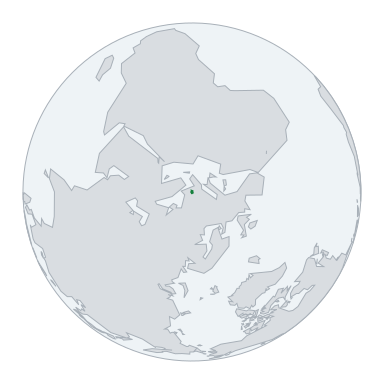 Pazardzhik highlighted on a globe, orthographic projection, rotated 169°
{"feature_id": "BGR-2234", "entity_name": "Pazardzhik", "entity_type": "Province", "adm_level": 1, "iso_a3": "BGR", "parent_name": "Bulgaria", "parent_adm1": "", "projection": "orthographic", "projection_center": [24.121, 42.158], "detail": "fine", "context": "on_globe", "style": "filled", "palette": "green", "viewbox_px": 384, "rotation_deg": 169, "n_neighbors": 0, "source": "natural_earth", "source_scale": "10m", "svg_char_len": 10909}
<svg xmlns="http://www.w3.org/2000/svg" viewBox="0 0 384 384"><g transform="rotate(169 192 192)"><circle cx="192" cy="192" r="169" fill="#eef3f6" stroke="#a8b0b8"/><path d="M128.0,35.6L133.7,34.0L128.9,35.7L131.6,35.1L137.8,33.1L141.2,31.9L158.9,30.0L179.5,28.0L185.7,26.5L184.6,27.9L196.2,24.8L207.2,24.9L194.9,25.5L193.8,26.2L201.3,26.4L201.8,27.2L205.7,27.9L205.5,29.0L198.4,29.7L198.1,30.6L203.5,30.7L206.7,32.2L198.9,31.8L203.8,34.5L192.7,37.1L171.8,36.6L165.7,40.4L144.5,46.6L146.5,47.6L139.7,51.1L139.5,53.6L135.7,54.4L138.9,55.8L142.5,54.6L145.1,54.9L145.3,56.4L140.4,57.5L139.6,57.0L138.2,58.1L135.7,58.1L137.1,59.0L131.1,60.5L137.3,61.3L132.7,64.4L128.7,64.8L128.8,61.7L119.7,56.4L115.6,56.5L109.8,59.4L99.4,70.9L95.0,72.6L89.3,77.1L91.8,77.4L97.2,74.0L100.4,75.9L106.6,72.0L108.8,72.4L115.3,69.9L114.6,73.7L110.4,78.8L105.0,81.2L103.0,83.7L108.4,84.4L98.6,92.2L92.5,103.5L90.0,105.4L84.5,103.1L83.9,95.1L76.9,93.6L81.7,98.2L75.2,103.5L74.2,106.0L74.7,108.1L77.3,107.6L75.1,110.4L69.5,106.5L71.4,103.9L73.2,105.0L72.8,101.5L69.0,99.6L66.0,102.7L63.5,97.7L61.3,100.0L59.5,100.5L63.2,96.9L56.6,103.4L53.1,100.9L44.0,113.0L52.6,99.4L55.5,94.3L58.2,89.6L56.7,91.4L62.4,83.7L63.1,82.8L72.2,72.8L82.1,63.7L92.7,55.3L103.9,47.8L115.7,41.2L128.0,35.6ZM28.1,150.8L28.2,150.5L27.9,153.7L26.0,160.9L27.2,157.8L26.0,164.6L26.4,176.5L25.9,177.2L25.9,196.1L28.9,211.3L29.6,219.3L28.9,221.2L30.6,226.2L30.7,228.4L40.2,247.7L47.3,261.5L48.6,268.9L45.6,270.8L49.9,283.1L48.4,281.1L42.3,270.4L37.0,259.3L32.5,247.8L28.9,236.1L26.1,224.1L24.2,211.9L23.2,199.7L23.1,187.4L23.9,175.1L25.6,162.9L28.1,150.8ZM41.7,116.3L35.2,133.2L36.5,127.5L38.8,122.5L42.0,115.1L43.9,110.9L41.7,116.3ZM44.2,115.0L45.1,112.6L44.5,114.5L44.2,115.0ZM142.6,31.4L137.8,33.0L132.1,34.7L136.0,33.2L142.6,31.4ZM153.6,29.1L151.5,29.9L148.7,29.9L150.8,29.4L153.6,29.1ZM190.1,25.4L186.1,25.6L189.8,25.2L190.1,25.4ZM206.2,27.8L207.2,27.6L208.8,28.1L206.2,27.8ZM115.2,68.1L115.2,69.0L114.0,69.0L115.2,68.1ZM118.0,66.3L116.6,65.6L117.7,64.6L118.6,65.1L118.0,66.3ZM210.1,30.4L212.4,31.4L208.8,30.4L210.1,30.4ZM119.5,67.4L119.9,63.1L121.9,61.5L126.8,61.9L119.5,67.4ZM212.9,32.2L218.5,35.1L221.2,34.7L216.8,37.9L213.5,34.1L208.7,32.8L212.1,32.9L212.9,32.2ZM143.5,53.6L139.7,54.9L142.7,52.5L143.5,53.6ZM144.8,52.0L150.2,44.9L155.9,43.9L152.9,46.4L160.2,44.3L160.4,47.3L156.4,49.1L152.7,49.1L155.6,50.3L144.8,52.0ZM213.4,39.4L213.7,40.4L212.1,39.5L213.4,39.4ZM146.4,54.8L146.9,53.3L152.0,52.4L151.7,55.2L150.2,54.6L146.4,54.8ZM162.1,42.5L165.8,42.4L166.9,44.8L168.5,45.1L160.9,47.3L162.1,42.5ZM149.1,55.5L151.5,56.7L149.3,58.5L146.1,56.2L149.1,55.5ZM153.4,51.0L155.7,50.7L154.3,51.8L153.4,51.0ZM142.9,66.3L143.5,64.3L146.2,63.6L142.9,66.3ZM152.5,57.0L153.2,56.3L154.3,55.9L155.4,57.0L152.5,57.0ZM162.2,49.0L161.9,50.1L165.4,48.2L166.4,50.1L161.1,51.3L163.8,51.6L164.1,52.2L159.5,52.5L162.2,49.0ZM159.8,57.0L153.4,59.5L151.8,63.3L149.3,63.9L152.5,57.9L159.8,57.0ZM160.0,54.3L159.3,56.1L156.6,55.9L155.5,54.6L160.0,54.3ZM168.9,51.0L168.8,47.7L169.9,47.6L168.9,51.0ZM159.8,58.0L161.3,57.4L160.0,58.3L159.8,58.0ZM166.7,53.1L166.5,51.9L167.8,51.8L166.7,53.1ZM164.6,57.3L162.5,58.0L161.7,57.1L164.6,57.3ZM166.0,55.4L167.8,55.5L162.6,56.3L165.7,54.9L166.0,55.4ZM168.0,53.2L168.7,52.7L167.9,53.7L168.0,53.2ZM169.0,60.5L162.6,61.8L160.7,59.6L167.2,58.7L169.0,60.5ZM93.8,268.3L83.2,242.0L88.2,235.3L88.9,224.6L123.3,198.5L130.8,203.0L158.1,203.2L161.6,205.2L158.5,213.9L179.2,226.4L185.6,219.3L204.1,224.7L216.3,223.4L220.3,206.2L200.3,208.0L196.7,199.9L212.5,191.3L229.9,189.9L229.0,186.8L217.9,181.0L221.7,174.3L214.0,178.5L217.2,181.5L212.5,184.3L209.2,181.8L210.7,179.4L205.4,178.4L199.7,190.6L202.4,195.0L188.6,197.6L191.8,205.3L188.1,208.9L181.4,197.3L181.9,193.0L169.5,180.0L167.7,184.7L179.3,197.4L175.8,196.4L173.4,203.4L172.4,197.2L160.3,182.6L147.7,183.8L132.0,198.8L124.6,198.4L118.3,192.9L123.8,175.7L139.7,178.6L141.8,173.1L138.4,163.6L143.5,165.5L144.1,162.2L150.1,162.9L158.3,156.1L164.3,156.1L167.4,146.1L170.9,145.0L168.1,151.1L169.4,155.5L184.4,155.9L187.2,153.8L188.0,147.5L192.0,148.6L190.8,142.5L199.4,139.9L188.0,138.1L188.6,131.3L193.6,126.1L191.7,123.7L183.5,132.3L182.1,136.1L184.2,139.8L178.5,150.6L173.4,152.2L171.6,140.1L164.1,141.2L166.0,131.8L187.0,113.4L195.8,109.9L210.9,117.9L208.9,122.3L202.6,121.4L208.6,128.3L208.0,124.8L211.4,125.9L212.8,120.2L215.2,120.8L212.4,114.5L215.6,114.6L217.3,118.6L222.1,110.7L228.6,109.7L228.5,107.7L226.6,105.8L236.1,106.0L235.6,104.6L232.3,103.9L229.2,100.7L227.3,95.3L230.7,95.6L231.9,97.6L239.3,102.6L241.8,108.3L243.0,107.9L241.6,103.1L232.6,96.9L230.5,93.6L235.1,95.9L233.3,94.8L233.3,93.3L236.6,92.2L231.6,89.5L227.5,73.7L233.3,70.5L237.9,74.0L238.6,64.7L245.1,62.7L242.1,62.0L240.3,57.6L238.3,58.1L236.6,57.5L231.2,47.4L232.6,45.7L226.8,41.4L225.2,41.1L223.9,42.1L216.8,37.9L221.2,34.7L224.6,35.4L225.1,33.3L232.6,35.3L239.2,36.4L247.2,40.4L251.6,41.2L251.3,40.3L257.1,41.1L270.2,46.3L261.0,45.8L241.7,40.6L249.7,42.8L248.3,43.6L251.5,45.3L257.1,47.0L257.5,46.4L268.7,57.1L283.1,66.3L281.0,61.6L284.0,61.2L298.5,69.5L318.3,91.7L322.5,93.0L325.6,96.0L328.2,101.2L323.8,96.8L322.7,98.3L319.8,95.3L322.5,102.7L318.5,98.7L322.6,106.8L325.7,108.3L324.7,102.9L330.0,112.2L334.4,113.1L339.6,119.6L347.7,140.3L349.0,152.4L350.1,155.3L348.2,155.9L349.4,165.0L355.8,172.1L356.9,176.2L357.0,190.7L356.4,188.0L351.5,189.7L353.2,200.7L357.0,201.8L358.4,208.7L356.6,210.9L354.9,205.2L353.1,205.6L351.7,196.6L346.6,187.2L344.7,194.6L343.0,189.3L335.7,183.9L331.9,194.2L327.0,218.4L329.4,232.3L326.4,241.6L315.3,228.4L309.9,216.4L306.2,220.5L294.6,214.0L275.5,223.0L272.5,220.1L269.0,223.5L260.7,222.5L256.0,217.2L251.2,219.3L263.7,232.8L268.8,230.5L272.7,222.2L275.3,227.6L283.2,229.7L275.5,247.6L246.7,269.0L243.4,258.8L219.2,231.5L219.7,227.7L219.6,227.3L219.2,226.6L217.5,232.9L213.2,227.0L226.6,247.6L229.0,256.6L246.3,269.7L244.7,271.8L250.2,273.8L267.0,264.7L267.2,268.2L259.5,286.4L235.8,311.3L238.7,322.3L236.7,331.5L221.4,339.3L222.3,344.7L214.4,347.4L213.6,350.2L207.0,353.3L196.1,356.0L178.0,355.7L177.2,353.8L168.7,348.8L157.0,334.0L161.9,327.2L160.4,320.8L147.4,303.8L150.3,295.0L146.7,290.4L139.3,290.1L135.1,284.4L130.6,283.3L102.5,278.3L93.8,268.3ZM111.8,215.1L111.0,218.3L111.8,215.1ZM248.8,197.0L258.9,194.7L253.5,185.2L257.0,183.6L253.9,181.1L253.1,184.5L245.4,177.4L249.5,172.9L247.9,168.5L244.4,169.1L238.1,178.6L249.1,188.7L247.1,193.7L248.8,197.0ZM26.5,176.8L26.3,179.6L26.0,177.7L26.5,176.8ZM35.4,129.4L34.6,131.9L33.8,134.2L34.2,132.7L35.4,129.4ZM31.8,149.9L31.5,153.4L31.3,150.9L31.8,149.9ZM34.4,135.8L32.0,147.5L31.7,143.7L33.4,136.5L32.9,139.8L34.4,135.8ZM42.0,117.5L41.2,119.5L40.6,120.2L42.0,117.5ZM43.7,116.4L43.8,115.9L44.7,114.2L43.7,116.4ZM75.5,103.7L75.9,104.1L75.8,106.5L74.7,106.1L75.5,103.7ZM82.6,113.9L78.9,118.2L80.7,114.7L78.4,114.7L79.4,107.6L88.7,106.0L84.3,107.9L82.6,113.9ZM83.3,98.3L81.7,102.6L83.1,98.0L83.3,98.3ZM141.3,144.4L143.3,147.0L141.1,150.6L133.4,151.6L136.6,146.4L141.3,144.4ZM146.8,150.1L147.1,138.3L151.9,137.6L149.2,139.9L152.3,140.6L148.7,144.6L153.0,155.8L151.3,159.7L138.0,158.8L143.3,156.8L140.9,154.2L146.8,150.1ZM139.6,113.1L139.8,109.0L149.9,112.6L148.5,116.1L140.8,117.1L137.9,113.5L139.6,113.1ZM128.0,69.3L127.5,68.1L128.8,67.7L130.4,68.3L128.0,69.3ZM143.0,65.4L132.0,74.2L130.8,73.2L125.8,80.0L120.6,80.1L124.0,75.6L116.3,81.1L117.4,77.1L112.5,81.2L120.6,71.2L121.2,68.2L122.5,71.4L127.2,71.3L129.4,70.3L136.2,65.5L139.8,59.3L145.0,58.5L147.8,59.6L147.7,60.9L144.3,60.9L146.7,62.8L141.7,63.9L143.0,65.4ZM176.9,77.9L173.0,76.5L176.8,82.0L171.9,82.5L172.7,83.1L169.2,85.1L166.2,88.8L164.0,88.4L163.8,90.0L161.5,91.5L160.5,93.7L156.1,94.0L154.6,96.7L153.3,95.3L151.8,100.0L151.0,96.6L147.9,98.5L150.4,100.8L129.0,98.8L120.7,101.1L114.2,105.1L113.6,99.3L119.3,92.2L127.9,85.6L136.0,84.4L134.3,82.3L137.6,81.1L137.6,83.3L139.6,79.3L142.4,79.1L150.1,74.3L151.3,69.2L154.2,67.5L155.1,69.4L157.3,66.4L160.9,69.0L163.0,67.9L168.7,69.5L169.2,74.1L171.5,72.6L175.9,73.9L176.9,77.9ZM170.5,61.1L172.2,66.0L170.4,68.8L161.3,64.9L158.9,65.5L153.0,63.5L155.8,59.6L157.2,60.5L159.3,60.5L157.5,61.7L160.4,60.7L162.5,62.0L165.3,61.7L165.1,63.3L170.5,61.1ZM165.4,202.1L168.0,202.7L172.2,202.6L170.7,207.2L165.4,202.1ZM156.9,192.3L159.3,191.9L159.3,198.0L156.6,197.5L156.9,192.3ZM160.6,186.8L159.4,191.4L158.4,188.6L160.6,186.8ZM170.3,150.5L172.8,149.9L173.1,151.4L171.7,153.6L170.3,150.5ZM187.3,95.7L185.4,94.1L186.1,93.4L184.8,88.6L188.4,88.1L190.5,90.8L187.3,95.7ZM216.9,209.6L213.4,213.2L211.6,211.8L213.1,210.8L216.9,209.6ZM191.0,211.0L196.9,213.0L190.5,212.2L191.0,211.0ZM191.0,94.4L190.0,92.4L192.4,93.4L191.0,94.4ZM190.9,87.5L193.7,88.2L188.7,87.5L190.9,87.5ZM264.4,322.9L251.8,339.5L244.2,341.5L243.3,338.3L248.4,329.1L257.4,324.1L262.0,318.6L264.4,322.9ZM358.3,221.6L357.8,224.1L358.4,220.7L359.2,216.6L358.3,221.6ZM358.3,221.1L356.6,223.1L351.2,216.5L353.2,212.9L358.2,212.0L358.0,214.6L359.1,214.5L358.3,221.1ZM360.5,204.8L360.3,206.1L360.3,201.3L360.3,196.4L360.6,193.8L359.5,171.0L359.6,170.3L360.9,187.5L360.5,204.8ZM330.1,233.1L333.6,238.4L331.7,241.7L330.1,233.1ZM357.3,158.2L358.9,167.8L356.9,156.9L357.3,158.2ZM355.1,149.4L355.9,151.7L355.4,150.9L355.1,149.4ZM351.7,159.0L351.5,162.5L350.7,160.7L350.4,155.2L351.7,159.0ZM343.5,125.3L346.6,130.6L347.6,133.0L346.0,131.1L343.5,125.3ZM220.0,89.7L217.8,96.7L218.6,102.0L222.7,105.0L216.0,104.0L214.7,95.9L220.0,89.7ZM226.2,75.5L222.5,73.3L224.7,72.5L225.8,73.0L226.2,75.5ZM223.6,75.4L218.1,75.9L216.4,73.6L221.1,73.6L223.6,75.4ZM204.6,84.7L203.7,86.7L201.8,85.8L204.6,84.7ZM356.2,152.2L356.8,154.8L355.2,148.4L355.5,149.4L356.2,152.2ZM356.6,154.0L355.8,151.2L355.5,149.5L356.6,154.0ZM354.3,145.0L353.8,143.5L354.0,144.0L354.3,145.0ZM353.8,145.3L354.4,145.7L355.0,149.5L351.2,139.9L350.6,137.1L353.8,145.3ZM326.5,93.4L324.5,91.6L323.0,88.8L324.8,90.8L326.5,93.4ZM316.0,79.1L321.9,87.5L326.2,94.9L326.6,94.4L330.8,99.7L328.2,98.3L322.6,90.1L319.9,85.3L316.1,81.4L312.0,76.4L307.6,73.1L304.7,70.2L307.9,71.9L316.0,79.1ZM305.8,71.9L296.6,65.5L295.3,62.4L297.0,63.1L301.8,67.3L302.2,68.6L305.8,71.9ZM294.0,63.1L294.3,64.5L281.5,60.2L278.5,58.6L287.5,59.7L288.3,61.1L291.7,62.9L294.0,63.1ZM215.5,40.3L213.9,40.4L214.7,39.7L215.5,40.3ZM235.6,57.9L233.5,56.9L234.5,56.0L235.6,57.9ZM228.3,53.8L228.7,55.5L226.9,53.6L228.3,53.8ZM229.6,59.6L228.1,56.2L231.6,59.7L229.6,59.6Z" fill="#d9dde1" stroke="#a8b0b8" stroke-width="1"/><path d="M192.6,190.8L192.6,191.1L192.7,191.3L192.8,191.5L192.7,191.6L192.8,191.7L192.8,191.8L192.9,192.0L192.7,192.1L192.7,192.3L192.7,192.5L192.7,192.8L192.4,193.0L192.2,193.2L192.2,193.3L192.1,193.2L191.9,193.1L192.0,193.2L192.0,193.3L191.9,193.4L191.6,193.1L191.4,193.1L191.3,192.9L191.3,192.7L191.2,192.7L191.3,192.4L191.3,192.2L191.2,192.0L191.2,191.9L191.3,191.9L191.5,191.7L191.6,191.4L191.8,191.3L191.9,191.2L191.7,191.1L191.5,190.9L191.8,190.8L192.0,190.8L192.1,190.7L192.3,190.6L192.5,190.8L192.6,190.8Z" fill="#22c55e" stroke="#15803d" stroke-width="1.5"/></g></svg>